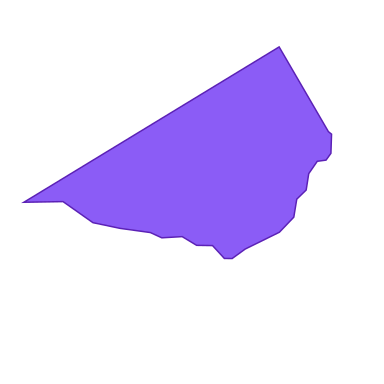 outline of Camp, Texas, United States of America, rotated 149°
{"feature_id": "52423323B72263497206932", "entity_name": "Camp", "entity_type": "district", "adm_level": 2, "iso_a3": "USA", "parent_name": "United States of America", "parent_adm1": "Texas", "projection": "equal_earth", "projection_center": [-94.984, 32.989], "detail": "fine", "context": "isolated", "style": "filled", "palette": "violet", "viewbox_px": 384, "rotation_deg": 149, "n_neighbors": 0, "source": "geoboundaries", "source_scale": "gbopen_adm2", "svg_char_len": 450}
<svg xmlns="http://www.w3.org/2000/svg" viewBox="0 0 384 384"><g transform="rotate(149 192 192)"><path d="M60.7,150.3L53.0,153.6L42.6,169.7L44.0,173.5L42.6,271.5L341.4,269.8L307.5,250.2L292.7,216.7L272.3,197.8L248.6,178.7L241.5,168.3L223.4,158.8L215.5,143.9L202.0,135.5L198.5,118.4L191.9,114.3L175.8,115.7L137.8,112.5L117.7,118.0L105.9,131.9L93.1,134.9L82.5,147.6L68.8,153.8L60.7,150.3Z" fill="#8b5cf6" stroke="#5b21b6" stroke-width="1.5"/></g></svg>